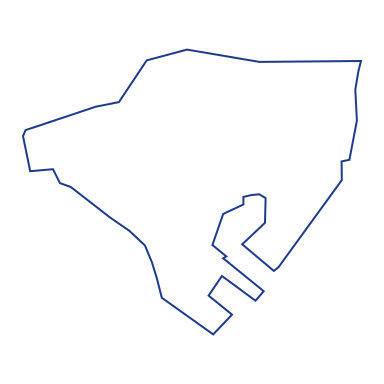 the district of Dong-gu [East District], Busan, South Korea
{"feature_id": "91817680B24548286345957", "entity_name": "Dong-gu [East District]", "entity_type": "district", "adm_level": 2, "iso_a3": "KOR", "parent_name": "South Korea", "parent_adm1": "Busan", "projection": "albers", "projection_center": [129.049, 35.126], "detail": "fine", "context": "isolated", "style": "outline", "palette": "blue", "viewbox_px": 384, "rotation_deg": 0, "n_neighbors": 0, "source": "geoboundaries", "source_scale": "gbopen_adm2", "svg_char_len": 652}
<svg xmlns="http://www.w3.org/2000/svg" viewBox="0 0 384 384"><path d="M361.0,61.0L259.5,61.9L241.0,58.8L186.9,49.6L146.7,60.4L118.9,102.1L95.7,106.7L25.6,130.1L23.0,136.1L30.2,171.2L53.0,169.2L59.9,183.1L70.8,187.0L110.3,217.7L129.1,230.6L144.9,245.4L151.9,262.2L156.8,278.1L161.8,297.8L213.2,334.4L232.0,314.6L208.6,295.6L221.9,276.0L255.5,300.7L263.7,291.2L223.2,258.3L226.3,256.4L212.4,245.0L223.2,213.9L243.4,204.5L243.4,196.9L251.7,195.0L259.3,194.3L265.6,198.1L265.0,222.8L242.2,244.3L273.8,270.9L278.5,267.2L341.8,180.1L341.6,161.4L349.4,159.8L356.9,120.6L355.3,89.7L358.4,71.2L361.0,61.0Z" fill="none" stroke="#1e3a8a" stroke-width="2"/></svg>